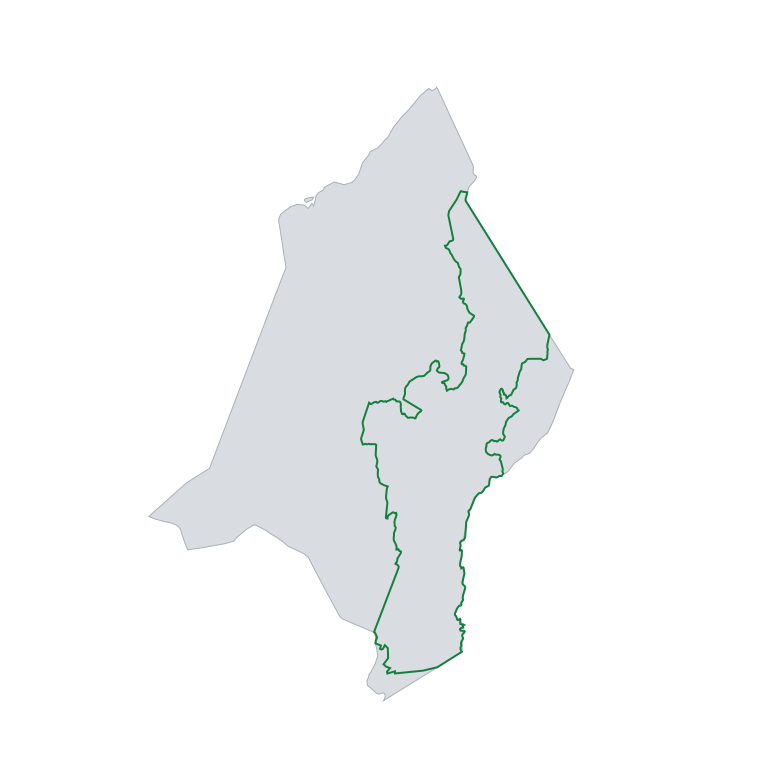 Rift Valley highlighted on a map of Kenya, rotated 201°
{"feature_id": "KEN-890", "entity_name": "Rift Valley", "entity_type": "Province", "adm_level": 1, "iso_a3": "KEN", "parent_name": "Kenya", "parent_adm1": "", "projection": "equal_earth", "projection_center": [36.059, 0.919], "detail": "fine", "context": "in_parent", "style": "outline", "palette": "green", "viewbox_px": 768, "rotation_deg": 201, "n_neighbors": 0, "source": "natural_earth", "source_scale": "10m", "svg_char_len": 8907}
<svg xmlns="http://www.w3.org/2000/svg" viewBox="0 0 768 768"><g transform="rotate(201 384 384)"><path d="M212.0,465.5L211.9,455.6L212.9,430.3L212.8,408.2L213.7,397.1L217.8,390.1L219.6,385.0L221.0,377.8L223.1,372.0L227.9,367.3L228.8,364.7L233.9,356.8L237.0,346.6L239.3,343.2L242.2,340.0L244.2,338.3L247.5,336.6L250.2,335.7L250.6,334.8L250.9,333.2L250.0,326.9L251.1,324.8L252.9,320.6L255.0,316.7L256.8,314.2L257.8,311.7L258.3,307.2L258.4,304.1L258.4,299.0L257.8,287.3L255.6,277.6L254.3,266.6L255.3,263.1L253.6,256.7L252.7,256.3L251.3,254.9L249.6,248.9L248.2,243.4L247.4,242.0L241.6,237.2L238.8,225.8L235.5,223.3L233.8,212.0L233.5,208.8L235.3,197.6L235.1,195.0L233.2,192.6L227.8,190.2L223.4,185.6L223.9,184.0L224.3,182.3L222.0,181.2L215.3,161.9L223.9,150.4L232.7,138.7L243.9,123.9L254.2,110.3L263.1,98.6L271.0,88.1L270.8,90.1L270.8,92.8L271.8,94.4L273.4,95.5L275.7,94.3L277.7,92.7L279.6,92.4L291.5,96.7L293.5,100.5L293.4,104.6L293.9,107.6L293.0,110.6L292.0,119.6L292.3,127.8L295.8,133.9L299.0,138.7L301.6,145.5L303.4,147.5L306.0,148.6L314.2,148.9L326.3,149.3L338.0,149.8L339.0,149.9L341.5,150.8L352.3,159.9L362.1,168.3L370.4,175.5L378.5,182.6L386.3,189.4L392.4,195.1L398.4,196.9L408.2,197.7L414.9,198.0L421.2,200.3L430.5,202.6L437.4,203.7L441.6,205.0L453.2,206.3L455.1,205.6L460.2,199.2L465.9,189.0L468.1,183.4L475.5,177.8L488.5,169.9L497.7,164.4L507.9,158.9L512.5,163.7L518.9,171.4L521.8,175.2L524.1,176.9L527.6,178.0L531.8,178.0L534.1,177.9L538.8,176.9L549.8,175.9L556.1,176.0L550.9,186.2L544.5,198.5L532.9,221.1L524.0,233.0L517.2,242.0L516.6,243.6L516.7,253.6L516.8,278.1L517.0,327.1L517.1,376.1L517.3,425.1L517.3,449.6L517.3,457.8L523.3,468.1L529.0,478.2L536.7,491.5L540.8,498.6L541.4,501.0L541.2,505.8L534.9,515.8L529.8,520.3L522.8,522.5L520.8,522.0L518.0,520.6L517.0,523.0L516.1,526.7L514.6,526.0L513.5,524.9L514.1,531.5L514.9,534.7L513.8,539.2L510.4,543.0L510.1,546.3L502.8,554.8L492.5,555.8L487.0,560.0L484.6,563.5L482.8,571.1L483.4,582.7L480.5,591.7L480.0,596.2L474.6,602.0L472.2,607.3L470.5,612.7L469.0,615.1L467.1,627.3L464.6,634.6L464.0,637.1L463.4,639.3L461.4,643.6L460.2,646.6L459.3,648.6L452.9,667.5L448.0,676.0L444.2,675.0L441.6,678.3L441.3,679.9L440.0,679.0L436.7,675.9L430.1,669.5L423.5,663.1L416.9,656.6L410.3,650.2L403.7,643.8L397.1,637.4L390.5,631.0L383.9,624.5L380.0,620.8L378.3,618.6L376.9,614.1L376.3,613.0L374.5,611.6L372.4,611.3L371.8,610.5L371.9,608.3L372.6,605.3L375.0,599.4L375.3,595.9L374.8,592.0L374.0,585.7L373.4,584.2L369.0,580.9L359.8,574.0L350.6,567.1L341.4,560.2L332.2,553.3L323.0,546.4L313.8,539.4L304.6,532.5L295.5,525.6L286.3,518.7L277.1,511.8L267.9,504.9L258.7,497.9L249.5,491.0L240.3,484.1L231.1,477.2L221.9,470.3L218.4,467.7L215.3,465.5L212.0,465.5ZM518.0,532.7L516.4,533.2L517.2,529.9L521.9,525.6L523.9,526.6L524.2,527.5L524.1,528.4L523.3,529.3L518.0,532.7Z" fill="#d9dde1" stroke="#a8b0b8" stroke-width="1"/><path d="M291.3,135.2L292.9,135.3L293.1,138.7L299.1,138.8L299.2,139.8L299.7,141.1L299.6,144.4L299.9,145.2L303.3,148.7L304.4,149.0L304.5,217.2L304.8,218.7L305.6,219.4L307.1,220.2L308.7,220.0L308.9,220.4L308.3,222.8L308.9,226.0L307.7,232.3L308.0,233.5L308.6,233.8L310.4,233.8L311.2,234.8L311.7,235.0L312.8,233.9L313.2,233.9L313.8,236.4L315.5,238.5L318.9,241.7L319.8,243.6L320.5,246.5L321.3,248.5L321.3,252.9L321.6,254.3L323.1,255.4L324.8,258.9L325.2,261.3L325.2,263.9L325.4,266.4L326.6,268.0L327.6,267.2L329.3,267.5L329.9,267.2L332.3,263.8L332.8,262.7L333.0,261.4L332.5,259.7L333.6,259.4L334.1,259.6L334.4,260.0L338.2,274.1L338.5,274.8L341.0,277.8L341.6,279.2L343.5,285.9L343.9,287.8L343.8,289.7L347.4,289.5L351.7,290.0L353.2,290.9L354.3,293.2L356.1,295.0L357.0,296.3L358.0,298.9L358.8,301.7L359.6,302.6L361.6,304.2L362.4,309.3L363.7,311.5L365.5,313.4L366.3,314.7L369.5,324.4L370.6,324.7L371.9,324.1L373.6,323.7L374.9,322.8L376.6,322.8L378.3,321.5L380.2,321.4L381.2,320.4L382.0,319.9L382.3,320.0L385.1,323.6L385.7,324.4L385.9,325.3L386.3,333.2L386.5,334.2L389.7,339.3L390.3,341.1L391.2,361.2L389.4,360.5L388.8,360.6L386.8,363.2L385.1,364.5L384.5,364.5L384.0,364.1L383.4,364.1L382.3,365.0L381.6,366.5L381.0,367.0L379.7,367.4L378.2,367.3L376.5,368.4L375.5,368.1L374.7,369.2L373.4,370.3L371.9,372.0L370.9,372.7L370.3,373.6L369.4,373.1L367.8,373.4L366.3,372.3L363.2,373.2L362.1,372.7L360.9,371.1L360.6,369.5L358.3,364.6L356.4,362.5L355.7,362.5L354.7,363.5L353.6,363.4L352.5,362.2L349.8,361.1L349.1,361.2L347.2,362.3L344.0,363.2L342.7,363.0L342.3,363.5L342.1,367.5L341.6,368.4L341.3,369.6L339.8,371.6L339.7,372.8L340.4,373.1L360.4,376.7L360.7,377.7L360.8,382.1L361.2,383.3L362.1,385.2L362.7,387.6L362.5,389.6L361.5,391.8L361.1,395.3L356.3,401.9L354.8,403.3L350.6,405.2L349.4,406.1L347.3,410.6L346.2,412.1L345.8,413.0L345.9,414.0L347.0,417.0L346.8,420.1L346.5,420.9L344.3,424.3L343.8,424.4L342.8,423.9L342.0,424.7L341.5,424.6L340.5,423.6L338.8,420.7L338.5,419.3L339.3,418.3L339.6,415.7L339.4,415.4L337.0,414.4L331.3,415.9L327.9,415.3L327.3,414.7L325.9,412.9L325.7,411.6L325.8,411.0L326.5,410.0L330.3,406.9L330.5,406.4L329.9,405.8L328.4,406.7L327.9,406.5L326.9,405.1L325.0,404.0L324.4,402.2L322.8,400.3L322.5,400.6L322.1,401.6L319.8,403.5L317.0,403.9L316.5,405.2L314.8,406.1L313.8,407.2L313.0,410.1L312.3,411.8L311.8,414.0L311.7,418.4L311.1,421.4L311.4,423.5L313.5,429.8L314.4,430.2L316.3,429.8L317.0,430.8L318.5,430.5L318.9,430.8L319.2,432.3L318.9,434.5L319.3,438.8L319.8,441.2L322.2,441.1L322.8,442.2L324.3,443.0L325.3,449.4L324.9,452.4L325.2,454.8L326.7,460.3L326.7,462.6L327.0,463.9L327.8,465.4L327.4,468.1L327.6,471.3L327.3,471.8L326.1,472.0L325.8,472.3L324.1,478.8L324.4,480.0L329.7,481.1L333.1,484.0L334.3,486.2L335.1,487.0L336.7,487.9L338.1,487.8L338.9,488.1L340.0,489.4L339.7,491.4L340.0,492.2L340.7,492.2L342.5,491.2L344.6,491.8L344.8,492.1L344.1,495.1L344.5,496.8L345.5,499.2L352.5,510.7L352.0,512.7L352.1,514.0L352.9,516.8L353.8,518.8L355.8,520.1L358.5,523.5L360.6,524.0L361.8,524.5L364.2,526.2L367.2,529.0L368.5,529.6L371.2,532.5L372.5,533.1L374.7,533.1L376.7,534.8L376.7,535.0L375.4,535.6L374.8,536.3L373.9,540.7L372.1,541.8L371.3,542.8L371.2,543.5L371.5,544.5L384.3,564.4L384.7,565.8L385.2,568.8L382.3,582.2L381.6,590.5L381.2,591.7L379.7,591.7L374.9,592.8L374.1,585.7L373.4,584.3L247.2,489.3L245.5,478.9L244.6,476.4L243.4,475.0L242.9,472.2L242.2,471.0L241.7,468.8L241.0,467.0L241.0,465.7L243.7,463.3L246.7,463.7L258.3,459.2L259.1,458.7L260.0,455.4L262.5,452.6L262.3,451.1L261.3,447.2L261.7,443.9L261.2,437.7L260.5,435.4L260.7,432.8L259.8,430.8L259.3,428.2L259.4,427.4L261.0,425.0L261.4,419.5L263.0,418.0L264.0,415.4L264.5,414.6L265.4,416.2L266.6,417.4L267.1,417.5L267.9,417.1L268.3,417.2L269.1,418.9L270.2,419.3L270.9,420.9L271.8,421.6L272.6,421.7L273.1,421.3L273.4,418.2L273.0,417.4L271.1,415.3L270.8,413.6L269.3,412.4L268.9,410.1L268.2,409.1L267.7,409.0L266.9,409.6L266.5,409.6L264.7,408.5L263.7,408.4L263.3,408.6L262.6,410.1L261.6,410.7L259.7,409.6L258.9,408.7L258.2,408.8L256.7,409.6L254.4,409.3L251.9,409.5L251.0,409.1L249.9,407.8L248.9,407.6L249.6,406.2L252.3,402.4L253.1,399.7L255.5,396.8L256.5,392.5L255.9,389.4L256.2,385.2L255.6,382.0L254.8,380.0L252.3,378.2L252.3,375.3L252.6,374.0L253.9,373.4L255.7,374.0L256.3,373.4L257.4,371.1L257.9,370.7L259.2,370.9L260.7,370.1L262.1,370.5L263.1,370.4L264.2,369.3L264.9,367.4L266.4,366.0L266.7,364.9L266.6,364.0L266.1,362.9L266.0,360.6L264.9,357.9L264.3,357.2L261.8,355.9L259.1,355.7L257.5,356.0L256.9,356.5L255.7,358.4L254.5,358.1L252.2,358.9L250.6,359.1L249.5,358.6L249.0,357.2L249.1,355.4L248.9,354.7L247.5,354.1L243.1,347.9L242.3,346.2L242.3,345.1L240.6,343.1L241.2,340.2L243.3,339.6L244.8,337.6L245.7,336.9L249.2,336.4L250.6,335.6L251.2,333.2L250.7,330.9L250.0,328.5L249.8,326.5L252.4,323.6L253.3,319.0L254.3,317.0L256.0,316.2L256.5,315.6L258.2,311.0L258.4,309.8L258.5,298.5L259.6,295.8L259.4,295.1L258.0,293.2L257.7,292.2L257.5,289.9L257.9,285.0L253.5,270.7L253.3,268.5L253.6,267.0L255.3,265.5L255.9,264.5L256.1,263.2L255.7,262.2L254.5,260.6L254.0,256.6L253.6,255.8L253.2,255.9L252.5,256.8L251.9,256.7L251.5,256.2L249.7,251.1L249.1,246.0L248.0,241.9L247.7,241.4L246.3,240.5L245.8,239.7L245.5,240.3L244.4,241.2L243.8,240.9L243.5,240.4L241.0,235.9L239.8,227.2L239.3,225.9L238.4,225.1L236.3,224.3L235.4,223.6L235.0,222.2L234.5,215.1L234.0,212.8L232.9,210.9L232.8,210.3L233.4,207.6L232.7,205.7L232.7,205.1L232.9,204.6L234.2,203.9L235.0,202.2L235.4,199.9L235.5,195.2L235.2,194.0L233.0,192.6L231.6,190.6L230.8,190.1L229.6,190.6L228.8,192.0L228.3,191.6L227.6,189.2L226.7,187.3L223.7,188.0L222.8,187.8L224.0,186.6L223.4,185.7L222.8,185.3L222.7,185.0L224.7,183.6L225.2,182.8L225.1,182.0L224.2,181.3L223.3,181.3L220.9,182.3L219.9,181.9L220.0,180.8L221.0,178.0L220.9,177.1L219.2,175.2L218.9,174.3L219.4,171.0L219.3,169.6L218.0,167.7L218.1,165.2L217.5,163.8L216.5,162.8L215.3,162.0L232.7,138.7L245.0,130.3L270.0,117.7L270.8,119.7L277.1,114.9L278.1,116.5L276.5,120.9L280.8,120.9L284.0,122.2L281.9,129.4L285.7,138.7L289.6,140.5L290.1,136.3L291.3,135.2Z" fill="none" stroke="#15803d" stroke-width="2"/></g></svg>